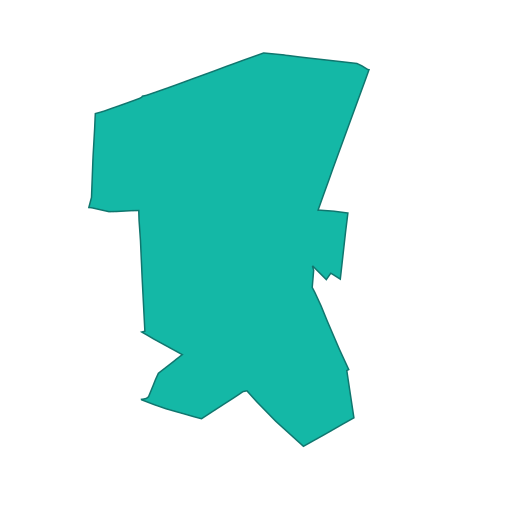 the district of Zimandu Nou, Arad, Romania, rotated 77°
{"feature_id": "2599482B63930255297686", "entity_name": "Zimandu Nou", "entity_type": "district", "adm_level": 2, "iso_a3": "ROU", "parent_name": "Romania", "parent_adm1": "Arad", "projection": "albers", "projection_center": [21.398, 46.275], "detail": "fine", "context": "isolated", "style": "filled", "palette": "teal", "viewbox_px": 512, "rotation_deg": 77, "n_neighbors": 0, "source": "geoboundaries", "source_scale": "gbopen_adm2", "svg_char_len": 1647}
<svg xmlns="http://www.w3.org/2000/svg" viewBox="0 0 512 512"><g transform="rotate(77 256 256)"><path d="M452.1,252.6L449.2,242.7L445.0,228.2L439.3,209.4L435.7,197.0L398.0,194.1L388.0,193.3L387.5,191.2L365.4,195.8L335.5,201.2L319.4,203.8L304.6,206.9L299.3,208.3L282.8,203.0L279.1,203.3L278.8,202.8L294.8,192.8L294.6,192.6L290.3,187.8L289.6,187.0L291.8,184.7L297.5,179.1L292.2,177.2L270.0,169.4L252.1,163.1L234.8,156.8L229.8,170.2L225.7,183.5L225.4,185.2L225.1,185.1L220.1,181.9L210.7,175.9L198.5,168.0L188.1,161.4L159.4,142.7L109.7,110.3L103.5,106.3L99.9,104.0L99.5,105.1L97.8,106.8L94.5,110.1L91.1,114.4L85.1,131.3L74.8,160.6L71.5,169.8L67.9,179.5L67.2,181.7L66.3,183.7L59.9,202.9L62.4,224.5L63.9,236.5L64.5,241.7L65.4,248.3L66.3,255.0L68.9,276.4L71.7,298.5L72.7,307.2L74.8,326.7L74.7,330.7L75.6,331.7L76.2,333.9L77.0,339.9L77.5,344.3L77.7,345.6L79.7,363.5L80.7,371.7L80.7,372.5L80.9,375.3L81.1,380.5L85.2,381.7L86.7,382.1L95.7,384.6L121.4,392.1L126.8,393.6L161.9,403.1L169.1,406.9L170.4,407.6L171.2,408.0L171.3,407.8L171.4,407.2L171.6,406.5L171.9,405.7L172.3,404.7L179.7,389.4L181.3,381.7L183.7,367.7L185.3,360.0L194.8,361.9L215.0,365.1L231.2,368.1L238.4,369.4L250.8,371.7L262.0,373.7L304.3,381.2L304.4,384.4L304.9,383.9L307.9,380.6L314.0,374.2L333.1,352.7L335.5,350.0L338.9,357.4L339.6,358.7L348.3,377.5L353.9,381.8L358.7,385.1L369.0,392.4L370.1,394.9L370.1,398.1L369.9,399.8L370.1,399.8L370.4,399.8L377.5,389.3L378.8,387.3L384.7,377.9L390.8,366.8L398.6,352.7L402.3,345.7L398.2,334.6L392.7,319.4L389.6,310.7L387.1,304.0L385.2,299.2L385.3,295.2L398.3,288.0L421.5,273.9L452.1,252.6Z" fill="#14b8a6" stroke="#0f766e" stroke-width="1.5"/></g></svg>